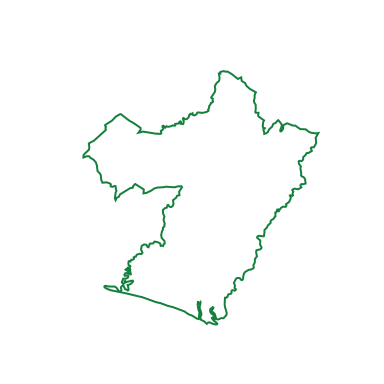 outline of Mocubela, Zambezia, Mozambique, rotated 43°
{"feature_id": "85939544B38416709222197", "entity_name": "Mocubela", "entity_type": "district", "adm_level": 2, "iso_a3": "MOZ", "parent_name": "Mozambique", "parent_adm1": "Zambezia", "projection": "mercator", "projection_center": [37.746, -17.006], "detail": "fine", "context": "isolated", "style": "outline", "palette": "green", "viewbox_px": 384, "rotation_deg": 43, "n_neighbors": 0, "source": "geoboundaries", "source_scale": "gbopen_adm2", "svg_char_len": 6056}
<svg xmlns="http://www.w3.org/2000/svg" viewBox="0 0 384 384"><g transform="rotate(43 192 192)"><path d="M207.6,312.8L207.1,314.0L206.2,314.4L202.0,313.5L200.1,313.8L194.8,318.5L192.8,319.5L192.3,320.4L192.5,321.1L194.3,321.3L199.2,319.5L212.7,311.2L227.7,302.7L240.8,297.1L244.9,294.7L251.9,291.8L256.6,289.2L267.9,284.5L272.8,283.8L276.2,282.4L282.2,281.2L283.3,280.5L283.4,280.1L279.4,274.8L276.8,273.6L273.1,270.7L270.8,267.7L272.9,269.1L273.5,269.0L273.3,266.8L273.7,267.1L276.5,271.5L281.4,274.2L282.7,275.7L283.9,278.9L284.9,278.8L285.2,279.5L289.0,278.4L292.8,278.3L292.9,276.3L293.4,275.6L297.3,274.1L299.8,272.7L300.5,271.8L300.4,271.2L299.4,270.8L295.9,271.3L292.9,270.8L292.4,270.5L292.6,269.9L295.2,270.5L295.6,270.3L295.6,269.7L293.9,268.5L291.1,267.2L289.0,267.7L287.1,267.2L286.0,266.3L285.1,264.7L285.7,263.8L285.6,262.2L286.5,261.9L287.0,262.9L287.0,264.9L287.8,265.7L291.6,265.6L296.1,268.1L297.3,268.0L298.2,267.2L299.4,264.3L301.1,262.9L301.1,258.5L299.8,256.7L294.4,253.5L292.3,251.7L288.3,246.9L288.9,246.4L289.0,245.4L289.5,244.9L288.4,242.1L289.9,239.7L289.6,238.7L288.4,237.5L288.3,236.8L288.8,236.0L290.6,234.9L290.8,234.2L290.4,233.2L288.5,233.1L287.3,231.1L284.7,230.0L283.3,225.4L283.7,224.2L284.9,222.9L286.1,222.4L287.8,222.8L288.8,222.2L288.6,220.7L286.8,218.4L285.6,216.1L285.4,214.2L286.5,210.4L288.2,208.1L289.0,205.8L288.5,204.9L286.8,203.7L286.0,200.7L283.7,198.1L283.4,194.8L280.2,192.5L279.2,191.3L278.9,190.6L281.1,187.2L281.0,185.6L280.5,185.0L277.7,184.1L275.0,180.9L270.8,181.0L270.3,180.3L270.3,179.4L270.9,178.3L274.2,176.0L274.7,175.3L272.8,172.4L271.0,170.5L271.0,166.7L270.3,164.8L270.6,161.0L269.5,160.0L269.2,158.6L270.0,156.0L269.5,154.5L269.7,153.0L266.9,150.1L267.5,149.2L266.3,146.8L266.8,146.1L268.3,147.1L268.6,146.9L268.0,144.2L268.0,142.2L268.8,140.4L270.6,139.0L270.6,138.1L270.3,137.5L269.1,136.8L269.8,133.0L268.7,129.7L268.0,128.7L266.0,127.8L266.4,127.1L268.1,126.4L268.1,125.6L266.7,124.7L265.8,122.6L264.2,122.4L263.8,121.8L264.7,119.6L267.8,117.6L268.8,114.0L266.8,113.3L266.5,112.3L266.7,111.5L267.8,110.8L269.3,108.3L265.8,105.4L263.5,105.0L261.6,105.7L260.5,105.5L258.7,103.4L255.0,100.7L254.2,99.0L251.1,98.5L249.1,96.8L249.2,96.0L251.1,94.5L251.3,93.9L251.0,92.3L249.6,90.7L249.8,87.0L249.3,85.7L249.7,84.7L250.6,84.0L251.6,80.2L248.9,78.8L249.0,77.8L250.6,76.1L249.8,72.6L249.3,71.4L245.5,68.0L244.2,62.7L242.8,64.5L238.9,67.3L236.4,68.3L232.5,68.6L228.2,72.2L222.3,73.0L220.3,74.7L214.7,76.9L213.2,81.0L215.2,83.1L215.7,84.3L215.9,86.7L215.5,87.2L214.9,87.2L214.3,86.5L212.7,82.6L211.8,81.7L210.6,81.2L206.2,80.6L205.9,81.4L206.0,84.4L205.0,86.9L206.0,89.4L205.7,93.4L206.6,96.7L206.1,98.8L205.2,100.2L204.5,99.4L201.8,97.8L201.4,97.3L201.9,96.3L201.8,95.7L200.3,96.4L199.0,95.8L196.4,92.4L195.9,90.5L188.9,91.4L188.0,90.8L186.6,88.7L184.4,90.6L183.8,90.4L182.0,87.8L179.0,84.7L176.5,84.1L175.1,83.1L173.6,80.4L172.1,78.9L171.0,76.9L170.8,75.5L163.7,77.2L159.3,77.2L156.6,76.1L152.6,76.9L149.8,74.6L148.5,78.0L140.9,78.6L135.8,79.7L134.7,81.0L132.8,81.9L130.9,84.8L131.0,85.4L132.0,86.2L130.9,87.1L134.1,89.5L135.6,91.4L136.0,92.5L135.7,95.9L136.4,98.7L137.4,99.9L139.1,101.0L140.5,103.4L141.5,109.6L142.1,110.0L143.6,109.6L144.3,110.7L145.6,111.4L145.8,112.6L145.1,114.0L145.7,115.0L146.0,117.6L147.0,118.6L147.7,120.8L148.4,121.0L148.7,121.6L147.9,123.8L145.8,126.9L142.1,129.7L141.8,130.5L142.3,132.1L141.6,134.3L140.2,135.0L138.7,134.1L138.3,136.0L137.5,136.0L137.5,137.7L138.6,139.6L138.5,142.1L137.3,143.6L135.4,143.6L135.2,144.4L138.0,146.2L139.1,148.0L139.1,148.6L137.1,149.8L136.4,148.4L135.8,148.1L135.3,148.2L135.0,149.0L135.4,151.1L133.3,153.6L134.3,154.6L134.3,155.2L132.5,156.4L131.7,158.4L130.1,160.6L128.5,161.3L128.6,163.0L126.0,163.0L125.5,163.7L125.9,164.5L127.7,164.7L127.9,165.0L128.1,167.0L127.5,168.5L129.6,170.1L129.3,171.0L125.5,174.2L115.0,181.2L112.4,185.2L111.9,181.4L110.5,180.2L101.8,181.5L97.6,182.6L86.8,183.6L86.2,184.4L84.9,188.8L84.8,194.5L82.9,201.8L82.9,202.6L84.7,203.1L85.1,204.3L86.7,205.3L85.3,221.3L83.4,226.8L86.6,229.5L87.8,231.4L87.4,237.7L87.8,239.5L89.1,240.8L90.5,237.8L92.3,236.1L94.7,236.3L97.6,235.5L101.4,235.9L104.3,237.4L108.6,241.1L112.0,241.3L113.8,241.9L117.4,245.1L120.2,246.3L122.9,243.2L126.6,241.6L127.6,241.9L128.4,243.2L129.1,243.2L130.3,242.5L131.3,240.3L132.2,239.9L134.6,242.0L136.0,242.7L136.6,244.6L140.0,249.3L141.7,250.1L140.9,247.8L141.7,245.4L141.0,242.8L144.2,231.2L145.8,229.3L144.9,227.7L145.0,224.9L155.0,223.0L157.5,226.1L159.4,223.5L161.2,218.8L162.1,215.0L163.8,212.2L168.0,207.8L169.2,206.0L176.0,200.5L177.9,197.4L180.3,195.1L181.4,195.2L182.4,200.6L185.0,202.9L183.7,204.8L184.3,207.0L183.7,211.0L186.6,213.3L187.4,215.5L187.2,216.8L186.5,217.7L185.2,218.1L183.5,217.7L183.1,218.2L184.2,220.8L183.2,222.2L183.0,225.1L185.4,227.4L188.6,228.8L189.6,230.9L190.8,232.2L193.8,233.8L194.1,234.8L195.3,236.0L195.1,238.0L196.4,239.3L196.8,241.1L198.9,244.6L201.2,246.3L205.3,246.6L207.2,248.3L206.9,249.5L207.7,251.3L206.3,251.9L206.0,252.7L205.4,252.6L204.5,251.7L203.3,251.4L201.4,252.0L198.6,253.6L198.3,254.4L198.7,255.3L198.6,256.2L196.4,258.5L197.9,262.1L196.9,262.5L194.6,261.7L193.7,262.3L192.6,263.3L192.0,265.8L193.9,268.8L197.2,270.2L197.3,270.5L197.2,272.0L195.8,272.9L194.4,275.4L195.0,277.7L194.4,278.1L193.9,279.5L195.1,280.3L195.1,281.1L194.5,282.5L193.8,283.0L194.4,284.8L193.1,285.4L193.0,286.0L194.5,288.0L195.7,288.7L197.1,288.2L197.6,288.4L198.1,290.2L196.7,290.8L196.7,291.6L197.7,291.7L199.0,290.5L199.7,290.8L199.5,292.3L198.0,293.1L196.6,292.7L196.4,294.1L199.1,293.6L200.9,292.1L203.4,293.9L203.2,294.3L200.6,294.7L198.6,296.9L198.9,298.5L199.8,299.1L200.4,298.8L201.8,296.7L202.6,296.8L203.4,297.7L203.4,298.8L202.7,300.5L200.8,302.3L202.2,305.9L203.7,306.2L204.6,305.9L204.9,304.5L203.6,303.3L203.7,302.6L205.4,302.6L208.5,297.9L209.3,297.2L209.9,297.6L210.1,299.8L209.4,302.4L208.3,303.9L211.6,306.0L212.5,307.4L212.1,307.9L210.7,308.0L209.4,308.7L206.5,307.5L205.4,307.5L204.9,308.5L205.1,310.3L207.2,311.8L207.6,312.8Z" fill="none" stroke="#15803d" stroke-width="2"/></g></svg>